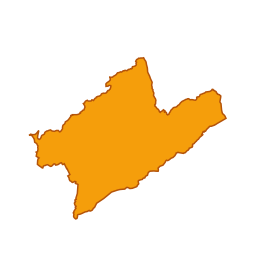 the district of Pietrosani, Arges, Romania, rotated 243°
{"feature_id": "2599482B78356313934610", "entity_name": "Pietrosani", "entity_type": "district", "adm_level": 2, "iso_a3": "ROU", "parent_name": "Romania", "parent_adm1": "Arges", "projection": "albers", "projection_center": [24.853, 45.151], "detail": "fine", "context": "isolated", "style": "filled", "palette": "amber", "viewbox_px": 256, "rotation_deg": 243, "n_neighbors": 0, "source": "geoboundaries", "source_scale": "gbopen_adm2", "svg_char_len": 5832}
<svg xmlns="http://www.w3.org/2000/svg" viewBox="0 0 256 256"><g transform="rotate(243 128 128)"><path d="M183.5,173.8L183.7,172.9L184.6,171.0L185.0,169.7L185.4,169.0L184.9,167.7L184.9,167.4L185.1,166.9L184.4,165.7L183.7,165.0L182.9,165.5L182.6,165.4L181.8,164.4L180.8,164.3L180.4,163.9L180.0,162.7L180.3,160.6L180.6,159.9L180.2,159.2L179.3,158.9L179.1,158.2L179.2,157.8L179.7,157.2L179.6,156.5L179.6,155.5L179.9,155.3L180.0,154.6L179.6,153.9L179.5,153.5L179.7,152.8L180.3,152.2L180.8,151.4L180.7,150.4L181.1,149.9L181.1,149.3L180.9,148.8L180.8,147.5L180.9,147.3L181.4,146.9L181.5,145.1L181.9,143.8L181.7,143.1L181.0,142.0L180.7,140.2L180.7,138.4L180.3,137.3L181.3,135.2L181.6,134.9L181.1,134.6L180.7,134.8L180.1,134.7L179.3,134.1L179.0,134.1L178.7,133.8L178.2,132.2L177.9,129.9L177.5,128.6L177.1,128.2L175.8,127.7L175.3,127.3L175.0,127.3L174.9,128.2L174.3,129.0L174.6,130.1L174.5,130.6L173.6,131.9L172.6,131.5L170.8,129.8L170.6,128.8L170.3,128.4L170.2,127.5L170.5,127.1L170.3,126.5L169.6,125.8L169.7,125.3L169.2,124.6L169.3,123.5L169.7,122.6L170.1,122.2L170.1,121.5L170.5,120.8L170.4,119.8L169.6,118.7L169.5,118.2L169.4,116.9L169.9,115.5L169.8,114.4L170.0,114.1L169.9,113.8L169.4,113.3L169.4,112.1L168.9,111.0L168.5,110.6L168.5,109.9L168.3,109.6L169.0,109.2L169.5,108.6L168.9,107.6L168.9,107.3L169.9,105.0L170.2,104.7L171.2,104.3L171.2,102.3L170.8,101.5L170.1,100.8L170.1,99.3L167.6,99.5L166.0,99.1L165.3,98.1L164.4,97.4L164.1,97.0L164.3,95.5L163.8,94.6L163.6,92.4L162.8,92.3L162.7,90.0L163.2,88.3L165.1,84.5L164.6,84.4L165.1,82.7L164.4,82.5L162.6,79.0L162.1,77.5L161.9,74.9L161.2,74.4L160.5,73.5L160.2,72.5L160.1,71.6L159.4,70.7L158.0,69.7L157.0,69.3L155.6,66.6L155.5,65.7L155.7,65.2L157.4,64.8L158.3,63.0L158.4,61.0L159.7,59.1L160.6,58.5L161.4,58.2L161.8,56.8L161.9,55.0L162.2,54.2L161.9,52.1L161.6,51.7L160.8,51.0L160.5,50.3L160.5,48.0L160.1,47.2L159.1,46.3L158.6,45.5L158.1,44.4L158.1,43.7L159.5,42.9L160.3,42.9L162.2,44.1L165.6,46.9L166.0,47.0L166.1,46.9L164.9,44.3L164.4,42.5L165.2,40.2L166.7,38.4L166.4,36.5L165.9,38.0L164.6,39.0L161.1,39.4L159.7,39.1L157.7,38.4L155.6,39.6L153.8,39.5L153.0,39.7L151.4,38.6L150.7,38.5L149.9,38.1L148.1,36.7L148.2,35.2L147.2,35.5L144.5,33.4L141.7,35.1L141.3,33.8L140.0,32.7L136.8,30.8L135.5,31.3L131.3,33.5L131.1,34.0L132.4,35.2L132.5,36.2L132.3,36.7L132.1,37.7L132.2,38.3L131.8,39.7L129.0,41.5L128.7,42.4L129.0,44.0L129.3,44.4L129.6,45.3L129.4,46.3L129.0,46.6L127.9,46.6L127.7,46.8L127.2,48.9L127.5,51.9L127.3,52.8L126.9,53.0L125.6,53.0L125.0,53.3L125.0,54.2L125.1,55.0L119.6,54.9L119.6,55.2L112.9,55.1L112.6,52.6L110.5,52.8L108.7,52.3L107.4,52.3L106.3,53.1L105.5,53.3L104.7,53.8L104.6,54.8L104.6,56.4L104.2,56.5L103.9,57.1L103.5,57.1L103.3,56.6L102.7,56.0L102.3,56.1L101.8,56.7L100.4,57.8L92.6,53.1L89.1,49.7L88.0,49.5L88.1,49.1L87.9,48.0L87.1,47.8L86.5,47.9L86.5,47.5L86.0,47.4L85.8,47.1L85.8,46.7L85.4,46.1L84.9,46.1L84.1,45.8L82.8,45.8L82.0,46.2L81.9,46.2L81.9,45.7L81.4,45.1L80.8,44.9L80.2,45.2L78.4,42.1L77.6,41.4L77.5,41.1L77.2,41.2L77.0,40.7L75.6,40.6L74.6,39.8L73.9,39.4L72.7,39.3L70.8,40.0L70.6,40.9L70.6,41.5L72.0,42.8L73.1,43.3L73.5,43.9L73.4,44.8L73.0,45.9L72.8,47.9L72.7,51.7L72.1,53.7L72.2,55.9L71.7,56.0L71.1,56.8L71.0,57.9L71.1,59.0L72.3,61.0L72.3,62.0L75.2,65.9L76.2,74.3L78.4,84.2L77.5,90.2L76.9,92.8L75.0,97.5L75.3,98.0L75.6,100.1L74.7,101.2L73.2,102.2L72.3,104.5L71.8,109.0L71.9,109.5L72.6,110.2L73.4,112.2L75.8,112.8L76.4,113.5L76.2,113.9L76.3,114.3L76.1,116.0L75.8,116.9L75.7,117.5L76.3,118.5L76.3,119.3L76.0,119.8L75.9,120.3L76.0,120.5L76.9,121.5L77.1,122.6L77.0,123.8L77.4,124.3L77.7,124.3L79.2,126.0L79.5,127.6L79.4,128.3L78.0,131.5L76.8,133.4L75.8,135.2L76.7,136.0L77.1,136.1L78.6,136.6L79.4,139.1L79.0,142.3L80.5,145.4L81.7,147.0L81.8,147.4L81.8,147.8L81.1,148.2L80.9,149.1L80.9,149.9L81.5,152.8L81.3,154.7L82.0,157.1L83.3,159.2L83.9,159.7L83.6,160.6L83.7,161.4L83.6,161.6L83.3,161.7L80.2,165.9L80.4,166.8L80.1,167.1L80.0,167.7L80.2,168.2L80.3,168.7L80.7,169.5L81.0,170.8L80.9,171.5L81.1,171.8L81.6,172.9L82.2,173.4L81.9,175.1L82.0,175.9L81.8,176.4L82.2,177.0L82.8,177.5L83.5,177.6L84.2,178.3L84.1,179.3L84.2,180.0L84.6,180.8L85.1,182.3L85.2,182.9L85.8,184.1L86.0,185.0L86.0,185.6L87.1,187.6L87.9,191.2L88.0,191.4L88.6,190.7L90.6,193.3L89.9,193.9L90.5,194.6L90.1,194.9L90.0,195.7L90.9,197.1L91.5,198.8L91.9,200.4L92.2,200.8L92.4,201.4L92.2,202.0L91.7,203.2L91.3,206.3L91.5,206.6L91.3,207.1L91.3,207.7L91.5,208.8L92.1,219.7L94.7,219.8L95.8,219.6L97.9,218.8L99.0,218.9L101.4,219.5L107.5,221.9L108.9,221.7L109.7,221.8L113.1,224.4L114.4,225.2L116.2,224.5L117.4,223.2L117.9,223.3L118.2,223.0L118.7,223.1L119.2,222.8L120.4,223.0L121.3,222.5L121.7,222.0L122.9,221.6L122.9,221.2L124.0,221.1L124.2,220.4L123.7,219.8L123.4,218.3L123.5,217.3L124.8,213.6L124.5,212.7L124.4,211.7L124.7,210.8L124.6,210.1L125.0,207.5L124.2,206.6L123.7,205.7L123.7,205.2L124.3,203.6L124.1,203.1L123.1,202.8L122.4,201.9L122.1,200.8L122.5,200.1L124.2,198.0L125.0,196.2L125.4,195.8L126.0,195.7L126.6,195.3L127.0,194.2L126.9,193.4L127.2,192.7L127.1,189.5L127.2,188.5L126.6,186.2L125.6,184.3L125.4,182.3L124.9,181.5L124.9,179.9L125.3,178.8L125.5,177.8L125.3,177.0L124.8,175.9L124.6,174.9L124.3,174.3L122.9,172.3L122.6,171.6L121.8,170.9L121.8,169.9L121.6,169.4L122.6,168.8L124.2,169.2L124.8,169.0L125.4,168.4L125.5,167.7L125.8,167.7L126.0,168.5L126.6,168.3L126.7,168.6L128.2,167.8L127.7,166.5L127.6,164.4L127.3,163.8L128.2,163.4L129.7,163.6L130.7,163.4L131.1,163.4L131.8,162.8L134.2,162.4L135.2,161.9L135.6,161.9L136.0,162.4L136.7,162.5L136.9,163.4L137.1,163.6L138.9,164.6L140.0,165.4L141.4,165.7L143.6,165.5L144.3,165.6L145.0,165.4L145.4,165.5L147.4,166.9L149.9,167.0L150.6,167.6L152.2,167.4L153.6,168.1L155.4,168.5L157.8,170.3L161.5,170.4L164.4,170.8L168.9,170.9L172.7,172.5L175.9,173.2L178.1,173.9L179.4,174.1L181.3,173.8L183.5,173.8Z" fill="#f59e0b" stroke="#b45309" stroke-width="1.5"/></g></svg>